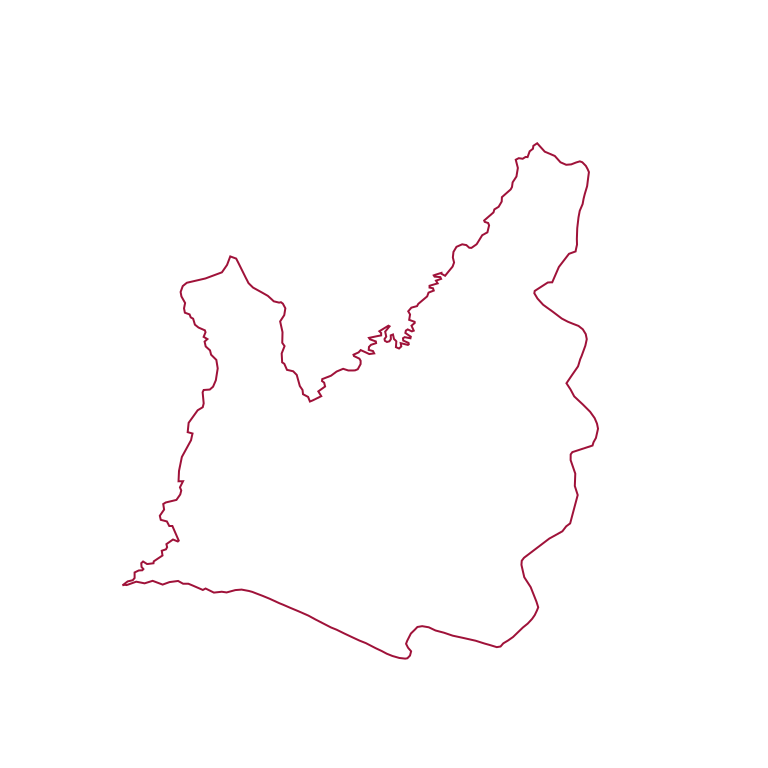 the district of Kabeya-Kamwanga, Kasaï-Oriental, Democratic Republic of the Congo, rotated 200°
{"feature_id": "63176286B62322725812229", "entity_name": "Kabeya-Kamwanga", "entity_type": "district", "adm_level": 2, "iso_a3": "COD", "parent_name": "Democratic Republic of the Congo", "parent_adm1": "Kasaï-Oriental", "projection": "mercator", "projection_center": [23.234, -6.028], "detail": "fine", "context": "isolated", "style": "outline", "palette": "rose", "viewbox_px": 768, "rotation_deg": 200, "n_neighbors": 0, "source": "geoboundaries", "source_scale": "gbopen_adm2", "svg_char_len": 5134}
<svg xmlns="http://www.w3.org/2000/svg" viewBox="0 0 768 768"><g transform="rotate(200 384 384)"><path d="M322.4,662.6L325.1,658.9L324.5,656.0L326.7,652.5L326.7,646.3L328.6,645.8L330.7,643.1L334.6,642.3L336.9,639.8L332.1,632.8L330.8,625.8L330.5,624.3L332.1,617.5L331.1,612.9L331.5,610.2L337.1,599.9L335.8,595.7L336.9,589.7L340.0,585.8L339.8,582.7L345.8,571.9L344.8,570.8L341.2,570.9L339.5,569.0L338.7,561.9L342.6,557.4L344.7,547.2L345.1,546.5L348.4,541.8L350.5,541.2L354.1,542.7L358.3,542.0L362.8,537.7L363.9,531.9L362.6,526.5L359.7,522.1L359.7,517.8L362.2,510.7L363.6,506.6L367.6,507.2L368.0,508.1L373.1,504.2L374.4,503.1L373.2,502.2L370.3,503.0L367.6,503.7L367.0,503.0L366.3,502.3L370.5,498.9L368.0,496.9L374.8,491.9L374.2,490.2L370.7,490.7L369.2,488.8L373.4,485.1L373.4,481.1L379.2,471.0L379.6,468.5L384.4,465.1L386.1,460.6L383.3,458.3L382.3,452.9L376.5,452.9L376.0,451.9L378.1,448.2L374.3,444.3L375.8,443.0L380.4,443.4L381.2,442.3L381.7,441.7L381.4,439.3L376.6,438.0L375.0,437.6L374.8,436.0L380.6,435.1L381.8,433.5L380.8,431.4L375.0,431.0L374.9,430.8L374.3,429.8L374.9,428.9L382.3,428.1L380.6,425.2L382.0,422.5L385.4,422.7L387.0,428.3L387.9,428.8L390.0,429.7L392.5,433.6L394.3,432.0L392.9,428.5L393.5,426.0L395.6,424.5L397.9,424.9L398.9,426.4L398.1,429.3L400.8,433.6L398.5,440.1L399.8,440.3L406.4,432.0L404.1,430.9L403.3,428.7L406.5,426.8L413.9,422.2L413.2,421.7L412.5,421.2L406.2,421.2L405.4,419.7L409.6,416.4L410.8,413.7L410.0,410.8L405.6,411.2L403.7,409.4L408.1,407.1L412.4,407.5L417.5,407.9L418.7,405.0L422.7,401.1L421.8,400.0L415.8,399.4L413.9,397.8L412.8,394.7L413.7,388.9L416.0,386.8L422.2,384.5L427.6,384.3L432.8,379.5L436.6,373.7L443.7,367.5L443.3,365.6L440.7,364.8L438.5,361.5L443.2,354.6L438.8,351.1L445.5,344.1L447.6,342.2L450.9,345.9L456.6,346.7L458.5,350.5L462.4,353.3L469.1,362.7L473.7,364.9L477.8,364.4L480.0,364.1L484.6,368.9L487.1,369.5L490.6,377.7L490.4,385.6L493.7,387.9L497.1,398.0L503.0,407.3L501.3,414.6L501.5,415.7L502.6,421.4L506.5,424.9L508.8,425.6L510.4,424.6L515.9,424.0L518.4,425.1L523.3,427.1L528.0,427.9L530.4,428.3L540.0,429.8L542.0,430.7L544.0,431.6L545.9,432.5L548.1,434.6L550.3,436.6L552.5,438.7L554.7,440.8L556.8,442.8L559.0,444.9L561.2,447.0L565.8,451.3L567.9,451.3L572.1,451.3L572.2,442.2L574.5,433.5L587.9,422.1L603.9,411.7L606.6,407.2L606.6,400.9L604.3,397.0L598.6,392.1L597.8,386.7L595.5,382.9L590.5,382.9L588.4,380.5L585.7,380.1L582.0,375.1L577.6,373.6L572.7,373.3L571.3,373.2L570.7,373.2L569.4,371.6L569.6,366.6L565.3,365.8L567.1,362.5L564.4,358.3L559.0,356.1L556.5,352.4L549.8,349.3L545.6,341.8L543.3,330.0L543.7,323.0L545.8,319.2L551.4,316.7L551.6,314.2L546.8,304.1L546.4,300.2L547.5,298.8L550.1,295.6L551.4,291.0L554.3,280.7L552.0,271.6L547.0,272.0L546.6,268.7L546.1,265.2L549.0,246.3L546.9,232.2L543.8,222.3L539.6,223.9L540.4,217.1L538.1,214.6L537.7,210.5L539.4,204.1L543.6,201.3L548.6,198.0L550.4,195.7L547.7,190.8L549.6,183.5L547.3,180.0L541.0,180.6L537.2,177.1L534.3,178.2L523.3,166.6L523.9,165.5L529.1,165.7L533.7,159.1L532.0,156.5L532.3,154.1L535.8,151.3L533.5,147.1L539.7,138.6L539.3,136.7L543.8,134.4L545.1,133.8L549.7,134.8L550.8,132.6L549.3,129.2L546.8,127.8L547.4,126.3L550.7,124.9L553.9,121.6L552.0,116.4L553.0,113.7L557.4,110.8L559.8,107.0L560.9,105.4L558.8,106.7L557.2,107.0L556.1,107.8L549.2,113.5L545.4,114.1L540.8,114.8L534.1,119.9L533.7,119.9L523.4,119.8L517.8,124.5L510.1,128.5L504.4,127.6L499.6,129.4L494.9,129.2L486.7,128.7L483.8,128.5L481.7,130.8L472.5,129.8L465.4,133.3L460.6,134.3L453.2,139.5L447.5,142.1L440.2,143.3L436.7,143.6L432.3,143.5L425.5,143.4L418.1,143.1L407.2,142.2L403.6,142.1L395.3,141.6L386.6,141.2L375.8,140.5L367.9,139.3L350.5,137.1L344.5,136.9L336.2,136.0L327.5,135.2L319.3,134.5L312.4,134.3L308.5,133.8L301.5,132.9L294.8,132.3L289.2,131.5L283.1,131.3L275.9,131.8L270.1,133.2L268.2,134.3L266.7,137.7L267.1,142.1L271.2,144.4L274.4,147.4L274.4,150.4L273.4,158.7L271.0,163.7L269.5,167.1L265.3,169.5L258.7,170.7L251.3,170.0L242.6,170.8L233.4,171.0L223.3,172.4L210.1,174.1L200.7,174.5L195.5,174.9L188.0,175.3L184.7,177.2L183.2,181.1L179.7,185.4L176.2,190.4L170.2,202.7L167.0,208.0L164.5,213.9L163.3,218.4L162.8,223.6L162.7,226.9L166.3,231.6L176.7,243.3L186.1,250.4L191.8,259.2L193.0,261.1L194.1,265.0L193.9,265.7L193.0,268.6L175.8,295.3L166.0,306.6L164.1,312.6L161.4,316.7L164.0,345.9L169.4,352.9L169.8,353.4L173.6,365.2L182.6,376.3L184.5,381.7L183.7,384.4L177.2,389.5L167.0,397.5L167.2,400.9L166.4,405.8L167.6,415.2L170.3,419.6L174.4,424.0L180.8,428.4L190.0,432.7L201.0,437.4L206.9,442.7L212.8,447.1L210.4,456.6L207.7,466.9L207.8,469.3L208.1,474.4L207.9,477.7L207.9,482.5L207.9,488.9L208.8,495.5L211.5,499.9L215.9,503.4L221.1,505.1L226.8,505.2L232.5,505.4L239.3,506.3L250.3,509.7L256.4,511.4L261.6,512.9L269.0,516.8L273.8,520.7L274.2,523.0L264.8,535.4L261.8,536.7L260.7,537.1L259.7,553.8L254.7,569.6L249.3,574.1L249.7,576.4L250.3,581.0L252.4,586.3L255.7,596.5L258.2,607.0L259.3,613.7L258.9,621.0L259.8,626.3L260.3,631.1L260.8,639.4L262.9,648.6L263.9,653.2L266.4,655.8L268.9,658.0L273.5,660.2L276.1,660.2L279.2,657.9L283.2,654.4L287.8,652.3L294.0,652.7L301.5,656.7L312.4,657.3L322.4,662.6Z" fill="none" stroke="#9f1239" stroke-width="2"/></g></svg>